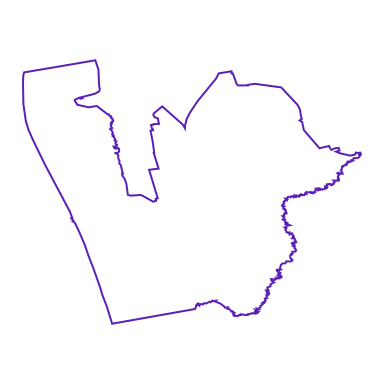 outline of Rucavas pag., Rucavas, Latvia
{"feature_id": "27541924B59290429759101", "entity_name": "Rucavas pag.", "entity_type": "district", "adm_level": 2, "iso_a3": "LVA", "parent_name": "Latvia", "parent_adm1": "Rucavas", "projection": "natural_earth1", "projection_center": [21.143, 56.166], "detail": "fine", "context": "isolated", "style": "outline", "palette": "violet", "viewbox_px": 384, "rotation_deg": 0, "n_neighbors": 0, "source": "geoboundaries", "source_scale": "gbopen_adm2", "svg_char_len": 6050}
<svg xmlns="http://www.w3.org/2000/svg" viewBox="0 0 384 384"><path d="M24.1,72.4L23.3,75.5L23.0,82.0L23.4,104.1L25.8,120.8L28.4,129.6L32.7,139.4L44.9,164.5L69.9,211.6L72.1,217.5L70.3,218.7L71.5,218.2L72.3,218.9L73.5,220.9L73.6,221.6L73.2,221.6L75.0,223.0L79.4,232.3L84.9,245.2L88.4,255.5L93.6,268.9L100.6,288.8L102.1,294.3L107.1,307.3L112.1,323.7L195.1,309.0L196.3,305.7L197.4,305.3L196.5,304.9L197.9,303.4L199.5,305.5L199.9,304.0L203.1,304.4L203.7,303.3L206.3,303.4L209.6,301.7L210.6,302.3L212.3,300.6L212.9,301.2L215.9,300.7L215.2,301.5L220.2,303.5L224.0,306.3L224.9,307.6L228.0,307.3L227.4,308.8L229.5,309.1L231.2,311.4L231.9,311.1L232.9,311.5L232.7,312.1L234.3,312.7L233.2,313.6L233.2,314.7L234.4,314.9L234.4,315.9L235.3,315.5L236.4,316.2L238.0,316.0L239.2,314.8L239.8,315.1L240.7,314.4L241.0,314.9L242.2,314.4L245.9,315.1L247.9,314.9L248.0,314.1L251.0,313.8L251.7,313.1L253.0,313.6L255.2,313.2L255.5,313.6L257.6,313.0L258.3,312.2L257.5,312.4L256.9,311.7L255.0,311.6L255.6,310.8L256.6,310.6L255.6,309.7L257.3,310.0L257.6,309.6L257.3,309.0L258.1,309.5L259.4,309.1L258.9,308.3L260.7,306.9L260.4,305.9L262.6,304.4L261.9,303.4L264.1,303.0L264.5,302.5L264.0,302.0L264.9,301.9L264.9,301.0L265.6,300.7L264.9,298.7L267.0,298.2L266.3,297.2L267.0,296.0L266.6,295.3L267.7,295.4L268.3,294.7L267.5,294.7L268.6,294.4L269.0,293.5L268.5,293.4L268.6,292.9L267.8,293.1L268.1,292.1L267.2,292.7L267.2,292.0L266.5,291.7L267.1,290.9L266.3,290.3L268.2,289.8L267.4,288.5L267.3,287.5L270.5,286.3L270.4,284.4L273.8,282.5L272.7,282.2L272.2,281.0L271.4,280.5L271.2,279.0L272.0,279.0L273.0,280.5L273.6,280.4L274.8,279.9L275.2,279.4L274.8,278.8L277.7,278.5L277.0,277.7L279.6,278.2L281.5,277.3L281.5,276.3L280.9,276.0L280.2,276.1L279.7,276.9L278.8,276.5L279.1,275.5L278.1,275.1L280.2,274.0L280.5,273.1L278.3,272.8L278.9,272.0L276.8,270.7L276.7,270.0L277.8,269.5L279.0,270.2L281.0,269.5L280.0,268.7L280.1,267.6L281.1,264.7L282.4,263.5L285.4,263.3L286.3,261.3L290.6,261.5L292.4,260.5L292.3,259.5L291.1,259.1L290.2,257.3L290.1,255.6L291.0,254.7L292.3,254.5L292.4,254.0L291.8,253.6L292.5,253.3L292.3,251.8L295.2,251.6L296.0,250.8L295.6,250.5L295.9,249.5L294.4,247.9L294.8,246.7L293.7,246.3L294.2,246.1L293.8,245.5L294.5,245.3L294.2,244.6L292.3,244.3L291.9,243.5L292.8,243.3L292.7,242.8L295.1,242.7L294.8,241.6L296.1,241.8L294.6,238.7L292.4,238.3L293.9,237.2L293.9,236.4L293.5,236.1L292.8,236.6L293.0,235.0L292.0,234.2L292.1,233.6L290.1,234.3L290.5,233.3L289.5,233.1L289.4,232.4L288.5,233.2L287.5,232.3L286.6,232.3L285.2,229.1L285.6,228.4L287.2,228.5L285.1,227.4L286.2,227.2L286.9,225.7L289.8,225.2L287.4,224.2L285.4,224.4L285.3,223.1L287.0,223.6L287.4,223.0L285.6,222.0L285.2,221.0L283.2,219.6L284.8,219.2L284.2,218.4L283.4,219.0L283.6,216.7L282.9,216.2L284.3,216.0L283.8,214.6L285.1,214.0L285.4,213.6L285.1,213.1L286.5,213.2L285.5,209.8L285.1,209.5L284.6,209.9L284.1,209.3L284.4,209.0L283.3,208.7L283.2,207.2L284.0,206.7L283.2,206.5L283.2,205.9L282.3,206.1L282.0,205.3L283.9,204.6L283.3,203.5L284.4,202.2L283.8,201.6L285.1,200.3L286.6,200.4L285.8,199.1L286.7,199.5L287.6,199.0L286.8,198.2L287.8,197.0L290.0,196.6L290.8,197.3L292.0,196.1L293.2,196.2L293.5,196.9L294.1,196.0L294.9,197.0L295.8,197.0L295.3,195.7L296.2,196.2L296.7,195.5L298.5,196.5L298.8,195.9L299.4,196.3L299.7,195.0L300.4,195.0L301.0,194.2L302.2,194.7L301.9,195.2L304.4,195.0L305.4,193.9L306.3,194.1L305.9,193.1L306.6,192.7L305.7,192.6L306.3,192.0L307.1,192.5L310.0,192.1L310.5,192.9L312.5,193.2L312.4,192.5L313.3,193.1L313.4,192.5L315.0,192.3L314.6,191.5L314.0,191.6L315.5,190.6L315.9,189.2L316.4,189.2L315.9,188.6L318.5,188.4L318.0,190.3L320.2,189.8L320.3,188.8L322.2,189.7L324.6,188.7L324.9,187.6L325.2,188.4L325.9,187.6L326.0,188.4L327.2,187.8L327.4,187.1L326.2,186.6L325.9,185.8L327.5,184.9L327.2,184.3L329.9,183.9L331.0,185.2L332.2,184.9L332.1,184.3L333.4,184.2L334.1,183.3L333.7,182.7L334.8,181.7L333.7,180.5L338.7,180.7L338.9,179.9L338.2,179.2L338.8,178.9L337.9,177.9L338.3,177.2L337.9,176.5L339.2,174.8L338.5,174.8L338.4,174.0L337.4,173.2L338.7,172.7L338.9,173.3L342.6,173.8L342.5,173.1L341.5,172.8L341.7,171.8L340.9,170.3L341.7,169.6L342.0,166.7L342.9,166.6L342.9,165.9L345.4,165.3L345.5,164.4L346.7,164.7L347.3,162.0L348.0,161.4L348.8,161.5L349.0,162.3L351.8,161.1L351.0,161.0L351.3,160.1L352.7,160.1L353.7,158.1L356.6,158.2L358.9,157.4L361.0,154.2L360.3,153.7L360.4,152.7L359.7,152.7L358.9,154.1L358.5,153.0L355.7,152.6L355.2,154.6L350.1,155.6L340.0,153.3L336.1,151.6L339.5,150.5L338.7,147.9L335.4,148.2L331.3,149.9L329.4,147.1L329.1,146.0L319.4,148.2L303.8,130.0L302.2,122.0L299.6,120.5L301.9,118.8L301.1,117.0L300.0,109.8L297.8,105.1L281.2,87.4L254.7,83.8L247.8,84.9L247.9,85.4L237.8,85.4L236.7,84.1L232.8,73.4L231.6,73.4L231.5,71.3L218.7,73.4L216.0,78.7L197.3,101.5L190.3,112.1L186.8,118.7L185.0,125.7L184.9,128.2L183.5,125.6L181.8,123.7L162.2,106.4L153.7,113.5L153.4,115.3L154.8,117.4L157.7,118.1L159.0,123.9L153.5,124.1L153.4,124.7L151.0,125.0L152.1,129.0L152.7,129.0L153.1,130.2L150.5,130.7L152.7,141.6L154.2,152.8L153.7,152.9L158.6,168.6L149.1,169.8L157.7,198.2L155.9,198.8L156.2,200.0L155.7,200.3L155.9,200.8L153.2,201.7L141.1,195.0L130.4,195.6L127.8,194.8L126.4,183.9L124.8,179.2L122.1,175.2L123.0,173.8L122.1,173.1L122.6,172.5L120.7,165.0L119.3,163.5L119.5,160.9L118.3,158.5L118.2,155.2L117.2,153.9L114.5,152.7L116.6,153.1L118.3,152.3L119.1,151.5L119.1,149.1L118.2,148.1L116.1,148.7L115.6,147.9L114.6,148.3L113.6,146.5L116.6,146.5L117.1,144.9L115.6,144.0L115.4,143.4L116.4,141.4L114.6,140.5L115.2,139.5L114.9,138.5L113.8,137.5L113.9,136.6L113.1,136.2L113.7,135.8L112.2,134.5L112.9,133.8L112.5,133.1L112.7,132.6L111.5,130.1L110.2,129.1L112.2,128.0L110.8,126.5L111.5,124.4L110.6,123.9L110.8,123.4L111.8,123.4L112.3,122.6L111.6,122.0L113.1,120.9L112.7,120.5L113.0,119.7L111.7,118.5L111.7,117.6L110.7,117.4L110.9,116.2L110.2,116.2L109.3,115.5L109.1,114.5L108.0,114.6L96.8,106.0L88.7,107.3L77.4,104.8L74.8,100.7L74.7,99.9L77.8,98.3L80.1,97.5L80.5,98.7L82.7,98.1L82.2,97.0L95.0,93.7L99.3,91.2L99.8,88.6L99.2,86.5L98.4,69.4L95.3,60.3L24.1,72.4Z" fill="none" stroke="#5b21b6" stroke-width="2"/></svg>